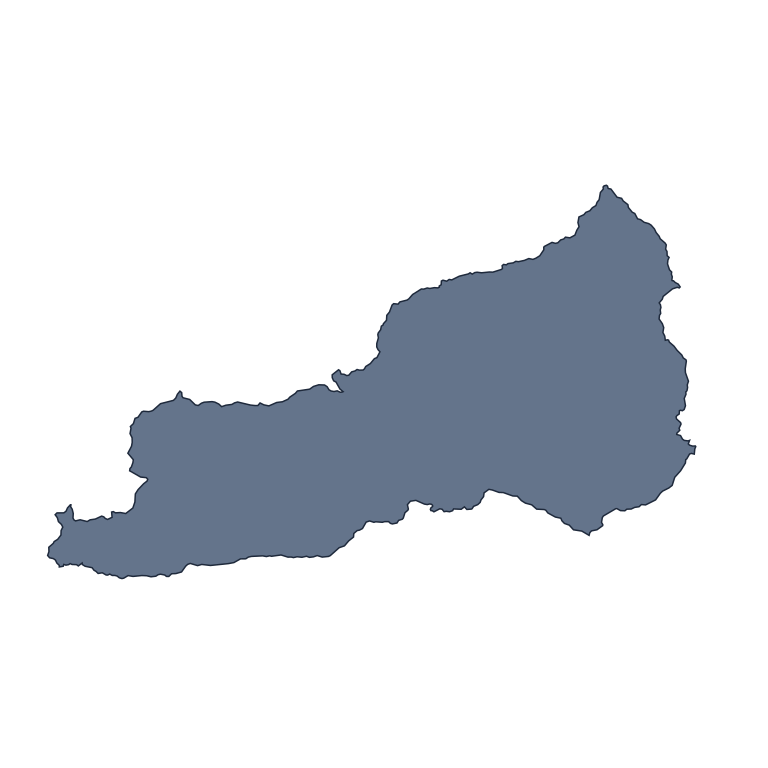 the district of Paruro, Cusco, Peru, rotated 96°
{"feature_id": "86281439B31235431009642", "entity_name": "Paruro", "entity_type": "district", "adm_level": 2, "iso_a3": "PER", "parent_name": "Peru", "parent_adm1": "Cusco", "projection": "natural_earth1", "projection_center": [-71.904, -13.936], "detail": "fine", "context": "isolated", "style": "filled", "palette": "slate", "viewbox_px": 768, "rotation_deg": 96, "n_neighbors": 0, "source": "geoboundaries", "source_scale": "gbopen_adm2", "svg_char_len": 6116}
<svg xmlns="http://www.w3.org/2000/svg" viewBox="0 0 768 768"><g transform="rotate(96 384 384)"><path d="M513.1,164.2L510.4,163.8L508.4,162.3L506.7,156.9L502.0,151.7L501.0,151.7L498.9,153.2L494.0,152.9L492.3,152.0L483.8,140.5L483.6,139.3L485.2,135.6L484.9,131.2L483.1,129.4L482.5,125.1L480.5,121.8L479.4,117.5L477.0,115.4L476.9,111.2L470.9,101.8L463.7,97.7L461.4,95.7L457.6,89.8L454.7,86.8L446.4,85.1L439.2,79.9L431.1,76.0L427.6,76.0L426.9,75.1L421.7,72.8L420.9,71.0L421.3,68.1L416.0,68.1L413.7,67.4L413.1,67.8L413.5,70.6L412.9,73.7L411.8,75.1L408.1,74.2L408.8,75.6L408.7,79.5L407.6,81.4L404.3,83.7L403.6,87.6L402.3,87.6L399.1,85.0L397.2,85.9L392.8,84.4L391.4,85.0L388.2,89.4L386.2,90.1L384.8,89.4L383.0,87.3L379.6,87.4L379.1,86.3L379.4,84.5L378.0,82.8L374.1,81.9L367.0,83.9L362.7,82.6L360.4,83.0L359.0,82.0L355.8,81.7L353.2,82.3L349.4,81.5L341.2,85.4L337.4,86.0L329.6,85.7L328.4,86.2L326.8,89.1L324.0,90.9L319.9,96.0L316.1,99.5L312.5,104.6L310.6,105.6L310.4,106.7L311.1,108.8L307.0,109.8L303.6,112.0L298.7,111.7L294.9,113.5L290.6,117.2L286.9,117.2L284.9,116.2L281.5,117.0L278.9,116.6L276.2,117.4L274.6,118.8L270.6,116.1L267.7,115.5L259.2,107.0L257.2,102.5L257.6,100.4L256.5,99.6L253.9,101.8L252.6,105.0L251.1,106.9L251.1,108.2L250.5,108.6L247.3,108.5L244.7,109.7L242.6,109.6L240.6,112.0L234.9,114.6L231.1,114.6L228.3,113.7L226.8,115.8L222.6,116.4L220.5,118.0L216.2,117.8L214.5,119.1L210.7,124.5L208.3,125.8L204.9,129.2L201.6,131.2L198.1,134.9L196.8,137.5L196.0,142.2L193.7,146.0L193.2,149.1L188.2,152.4L187.2,155.1L182.9,159.4L180.1,160.2L177.0,165.2L174.5,167.1L173.9,171.7L166.4,178.7L166.1,181.5L163.8,182.4L163.1,183.6L163.9,185.8L165.2,186.7L167.2,186.3L170.9,188.8L178.2,189.3L181.0,191.1L184.4,191.9L186.9,195.2L190.2,197.4L192.2,201.2L194.7,202.9L197.5,207.6L203.2,208.0L207.2,206.5L210.9,208.3L216.0,209.7L219.2,214.4L219.0,218.9L221.0,220.4L222.2,223.3L225.4,225.9L226.2,228.3L225.6,231.7L230.5,239.0L231.3,239.4L233.8,239.1L240.2,242.5L243.0,246.1L244.5,248.9L244.1,253.1L246.4,257.3L248.3,263.1L248.2,265.7L250.0,268.1L251.3,273.3L252.7,274.8L252.6,277.6L254.0,278.9L256.6,278.3L257.7,279.0L261.4,287.5L261.6,290.9L263.2,298.6L263.1,303.1L263.7,305.4L265.5,307.7L264.4,310.0L265.7,311.6L268.9,320.4L273.4,327.5L273.2,330.1L275.2,332.4L274.6,336.2L275.6,337.7L279.3,337.5L280.8,339.3L281.9,339.1L282.8,340.5L282.9,343.9L284.2,348.4L284.0,351.1L285.5,354.4L285.6,356.8L292.0,364.9L296.7,368.2L298.1,369.8L300.7,376.8L303.1,378.4L303.1,382.8L304.6,384.2L311.9,386.1L315.4,388.4L320.4,388.2L324.1,390.9L325.3,391.0L326.8,392.7L330.4,393.0L333.9,395.1L335.6,395.3L338.7,394.4L344.4,395.4L347.9,395.1L350.5,393.5L352.4,391.4L358.5,393.8L359.8,396.2L365.1,399.7L368.5,404.0L371.1,405.1L372.3,406.3L372.8,409.9L372.4,412.3L374.1,414.3L375.3,417.4L379.0,420.0L379.5,422.0L378.5,424.7L378.6,427.7L375.3,429.3L374.6,430.7L380.3,436.5L383.2,436.1L386.1,434.4L387.1,431.9L393.6,427.3L395.9,423.9L396.5,425.0L396.8,426.6L395.7,429.8L396.7,432.9L396.5,435.8L395.5,438.1L392.6,440.3L391.2,443.0L391.6,448.8L393.8,453.9L396.9,457.4L400.0,469.4L402.6,471.2L406.9,476.3L409.2,477.9L412.3,483.2L413.6,488.8L417.8,496.2L417.3,501.3L415.8,505.3L418.6,507.2L418.9,509.9L418.9,514.6L417.2,527.7L418.4,530.7L420.2,533.1L421.6,539.0L423.5,543.1L421.2,546.2L419.7,550.3L419.5,553.2L420.9,561.0L422.2,563.6L424.8,566.5L424.5,569.5L419.7,575.6L418.7,582.4L417.4,583.6L413.7,584.3L412.4,586.2L415.8,588.4L419.7,589.6L422.3,591.7L426.9,604.2L434.3,610.9L435.3,612.6L436.1,615.1L436.2,620.3L437.1,622.0L442.8,625.2L444.2,628.0L449.6,629.1L452.8,631.8L454.4,631.0L459.9,631.4L463.8,628.9L468.5,628.3L472.3,628.6L479.6,631.5L485.5,625.4L488.5,625.5L493.0,626.6L494.6,627.8L496.9,627.9L502.0,616.3L502.0,610.6L503.4,609.0L505.3,609.5L508.3,612.6L514.7,617.5L519.3,619.8L527.4,619.4L533.6,620.8L539.8,627.3L539.4,632.8L540.2,637.6L539.2,639.9L539.8,641.5L545.0,640.5L547.6,644.8L546.8,647.2L545.4,648.8L544.9,651.0L548.5,657.0L549.8,662.1L551.8,664.8L550.8,672.0L552.4,676.5L551.6,678.1L549.8,679.3L545.3,679.5L541.1,681.0L538.8,682.8L536.9,682.7L536.9,683.3L540.3,685.8L543.7,686.9L545.6,688.9L546.4,695.8L548.4,697.4L551.1,694.9L554.9,693.4L557.4,690.1L559.9,688.5L563.5,689.8L568.0,689.5L572.6,692.3L575.2,695.6L577.0,696.2L581.4,700.3L585.7,699.7L589.7,700.6L591.8,698.4L592.2,694.6L593.4,692.4L596.3,690.6L598.3,688.0L599.9,687.8L598.8,684.0L596.9,683.6L597.4,681.4L596.6,678.7L595.4,677.4L596.1,675.4L595.8,670.9L596.9,669.0L593.6,665.5L595.1,665.1L596.5,662.2L597.2,655.1L599.6,652.9L600.4,650.9L602.3,648.5L601.2,644.4L603.0,640.4L602.9,638.8L601.7,636.9L602.8,634.3L602.5,631.6L602.9,629.3L604.4,627.0L604.9,624.3L604.3,622.5L601.3,618.5L601.6,613.5L599.8,604.8L599.5,600.0L600.1,595.6L599.0,590.8L597.3,588.8L596.5,586.4L596.9,582.0L598.1,580.3L597.9,577.9L594.9,575.4L594.3,571.2L592.1,565.7L585.9,562.2L583.9,560.4L582.7,557.9L584.1,550.4L582.5,546.4L582.6,537.6L578.9,520.0L577.3,514.6L572.9,508.4L572.3,503.2L570.3,500.8L569.3,497.7L567.6,486.7L567.9,482.9L566.8,479.7L567.1,477.9L564.8,468.5L566.2,461.5L565.8,458.1L566.1,455.9L564.9,452.4L564.9,447.5L563.4,443.0L564.2,440.1L563.3,436.1L561.6,432.5L562.6,427.4L561.3,421.2L560.3,419.5L551.5,411.5L549.1,406.4L543.7,402.7L539.4,398.3L535.8,398.4L532.6,395.4L531.9,393.1L530.0,390.3L523.2,387.3L521.7,384.0L522.6,379.6L521.9,377.8L521.7,371.2L520.8,368.9L520.4,365.0L521.9,363.1L522.3,361.1L520.9,356.6L518.1,355.2L516.6,351.7L515.3,350.8L509.8,349.7L507.1,347.1L505.8,346.7L501.6,348.1L497.8,345.5L496.4,340.1L499.2,331.3L499.4,328.4L498.5,325.9L498.7,324.1L499.6,323.0L500.8,322.9L502.3,324.4L503.8,324.8L505.0,324.1L505.0,322.7L505.9,321.0L502.3,315.5L502.5,313.1L504.7,310.9L504.1,308.8L504.2,305.4L502.8,302.5L501.0,301.8L500.5,294.1L497.8,291.2L500.1,288.5L499.3,284.1L498.9,283.4L496.3,282.1L494.2,278.2L491.7,276.0L489.1,275.4L485.6,273.2L481.8,273.1L477.8,268.7L478.1,265.2L479.8,258.3L479.5,254.0L481.9,244.1L481.6,239.7L485.6,235.2L487.7,230.9L488.7,224.5L492.5,219.1L492.1,211.5L492.6,209.9L495.1,207.6L498.4,199.7L499.0,194.1L501.4,192.8L503.8,190.0L505.0,185.0L509.2,180.3L509.6,171.9L513.1,164.2Z" fill="#64748b" stroke="#1e293b" stroke-width="1.5"/></g></svg>